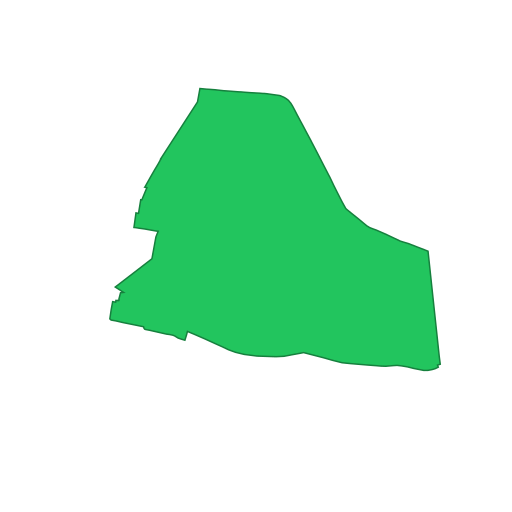 San Gregorio Atzompa, Puebla, Mexico, rotated 246°
{"feature_id": "50627088B24169685204164", "entity_name": "San Gregorio Atzompa", "entity_type": "district", "adm_level": 2, "iso_a3": "MEX", "parent_name": "Mexico", "parent_adm1": "Puebla", "projection": "albers", "projection_center": [-98.344, 19.013], "detail": "fine", "context": "isolated", "style": "filled", "palette": "green", "viewbox_px": 512, "rotation_deg": 246, "n_neighbors": 0, "source": "geoboundaries", "source_scale": "gbopen_adm2", "svg_char_len": 2508}
<svg xmlns="http://www.w3.org/2000/svg" viewBox="0 0 512 512"><g transform="rotate(246 256 256)"><path d="M256.4,97.6L253.7,101.6L249.3,107.4L241.2,118.8L237.1,124.5L235.6,124.3L234.5,124.5L233.8,125.2L231.5,128.5L221.1,142.4L219.3,145.3L217.5,147.8L216.2,149.1L212.8,151.4L210.8,153.5L208.0,156.8L209.6,158.2L212.0,160.3L214.0,161.9L215.0,162.7L212.1,165.4L210.0,167.4L207.5,169.7L205.2,171.8L200.6,176.0L192.9,182.8L188.1,187.1L181.5,192.8L178.0,196.4L177.2,197.3L176.6,197.8L170.9,205.2L164.2,216.2L158.7,227.5L155.9,233.3L153.0,240.8L151.8,245.9L151.3,248.1L149.2,256.7L148.4,260.2L135.6,276.3L129.4,283.7L123.5,291.2L119.2,298.7L110.8,314.0L107.4,320.3L107.1,320.9L104.7,325.2L102.4,329.9L102.3,330.3L100.2,336.4L98.7,340.4L96.4,344.3L93.1,349.3L89.1,354.4L83.2,362.8L81.6,366.5L80.6,370.8L80.2,373.8L80.3,377.3L82.5,377.4L82.2,380.3L90.2,382.7L190.4,415.1L193.3,412.3L198.3,407.3L198.9,406.7L202.3,403.4L202.4,403.2L205.2,400.5L206.4,399.1L208.7,396.4L210.9,393.9L222.2,384.2L230.7,376.5L232.9,374.2L234.4,372.7L235.0,372.1L235.4,371.7L236.0,371.2L236.6,370.8L237.5,370.2L238.6,369.4L239.1,369.2L240.3,368.6L242.7,367.4L247.6,365.0L255.0,361.2L260.3,358.5L261.1,358.1L261.7,357.8L262.2,357.6L262.7,357.4L263.2,357.3L263.9,357.2L264.5,357.2L266.5,357.0L270.0,356.7L271.5,356.6L281.0,356.1L289.8,355.7L290.8,355.7L298.0,355.5L300.7,355.3L304.4,355.1L313.0,354.6L316.7,354.4L324.0,354.0L334.0,353.4L337.0,353.2L339.4,353.1L340.6,353.0L350.0,352.3L353.1,352.1L356.1,351.9L361.3,351.5L368.3,351.0L370.2,350.9L373.6,350.7L376.5,350.5L377.8,350.4L378.8,350.3L380.1,350.1L381.6,349.9L383.2,349.4L384.5,349.1L385.7,348.6L386.5,348.1L386.8,348.0L387.9,347.3L389.1,346.5L390.4,345.4L391.1,344.7L392.0,343.9L392.3,343.7L393.3,342.4L394.1,341.1L396.4,337.4L399.9,331.8L400.7,330.4L400.9,330.1L401.1,329.7L401.9,328.0L403.2,325.7L403.5,325.1L407.4,317.5L410.5,311.7L411.8,309.4L413.1,306.8L417.6,298.5L420.3,293.4L422.7,289.3L424.6,286.1L427.5,280.7L428.4,278.9L431.8,272.9L431.5,272.7L420.5,265.2L383.5,208.4L383.3,208.6L379.7,203.8L375.7,198.1L370.8,191.4L364.3,182.7L364.2,182.6L364.1,182.4L362.8,184.1L353.7,174.5L354.3,173.6L342.7,166.0L344.2,163.9L331.7,156.1L330.8,157.7L328.7,160.9L325.9,165.4L322.5,170.4L319.8,174.4L318.9,175.8L318.4,176.7L314.1,172.3L295.8,159.8L290.6,138.5L284.9,114.8L276.6,120.2L277.5,117.3L272.5,113.3L272.1,113.3L271.2,112.7L271.6,112.1L271.3,111.9L272.4,110.0L270.9,109.0L272.6,106.5L265.9,101.9L258.0,96.9L256.4,97.6Z" fill="#22c55e" stroke="#15803d" stroke-width="1.5"/></g></svg>